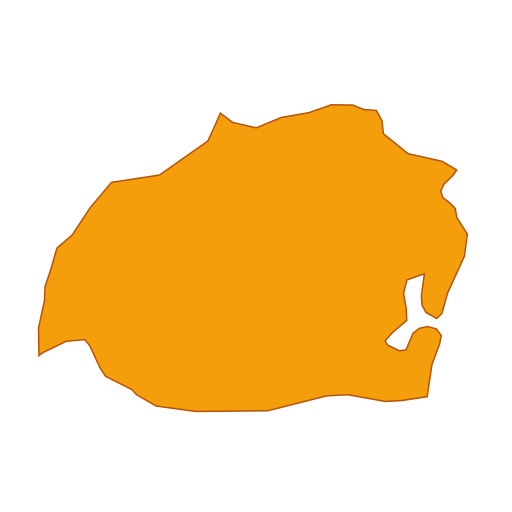 Nord-Est, Robinson projection, rotated 97°
{"feature_id": "HTI-1386", "entity_name": "Nord-Est", "entity_type": "Department", "adm_level": 1, "iso_a3": "HTI", "parent_name": "Haiti", "parent_adm1": "", "projection": "robinson", "projection_center": [-71.895, 19.504], "detail": "fine", "context": "isolated", "style": "filled", "palette": "amber", "viewbox_px": 512, "rotation_deg": 97, "n_neighbors": 0, "source": "natural_earth", "source_scale": "10m", "svg_char_len": 1071}
<svg xmlns="http://www.w3.org/2000/svg" viewBox="0 0 512 512"><g transform="rotate(97 256 256)"><path d="M374.8,69.0L381.8,94.0L384.6,110.0L383.8,124.4L382.5,148.2L386.2,168.8L408.2,225.6L417.6,296.5L417.1,336.9L408.1,357.8L403.7,362.9L393.8,390.6L386.3,397.0L365.1,410.2L359.9,415.9L363.8,434.0L377.8,455.6L381.2,459.3L380.8,459.3L354.1,463.1L326.2,460.5L311.7,461.6L293.8,457.9L272.4,454.6L257.7,441.1L228.5,426.6L200.5,408.4L187.4,361.7L147.7,317.8L133.0,313.1L118.5,308.8L126.3,295.4L128.8,271.4L115.4,247.8L107.3,221.0L96.7,199.6L94.4,178.2L97.5,166.7L96.9,154.2L106.5,147.4L119.1,144.5L135.9,117.6L139.4,82.6L142.4,75.8L146.2,67.3L151.5,70.0L162.2,78.5L169.3,80.5L175.4,77.4L179.4,70.6L184.4,64.1L193.5,61.3L208.4,48.9L230.8,49.1L269.3,61.3L290.4,64.5L296.0,69.1L291.3,80.5L284.4,85.3L275.1,87.0L253.1,86.7L261.4,103.3L275.0,105.0L289.8,100.5L301.5,98.5L315.7,111.5L324.5,117.5L328.3,114.6L332.6,102.1L330.9,95.7L313.5,90.7L307.9,85.1L305.1,77.2L306.4,68.1L312.4,62.4L321.4,63.1L341.8,68.1L374.8,69.0Z" fill="#f59e0b" stroke="#b45309" stroke-width="1.5"/></g></svg>